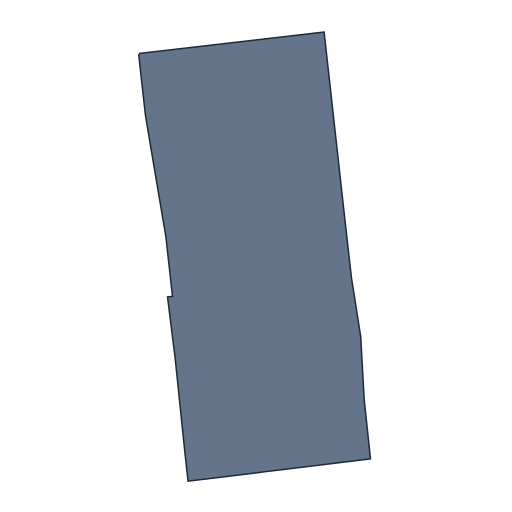 the district of Poinsett, Arkansas, United States of America, rotated 83°
{"feature_id": "52423323B19097717333078", "entity_name": "Poinsett", "entity_type": "district", "adm_level": 2, "iso_a3": "USA", "parent_name": "United States of America", "parent_adm1": "Arkansas", "projection": "mercator", "projection_center": [-90.606, 35.574], "detail": "fine", "context": "isolated", "style": "filled", "palette": "slate", "viewbox_px": 512, "rotation_deg": 83, "n_neighbors": 0, "source": "geoboundaries", "source_scale": "gbopen_adm2", "svg_char_len": 395}
<svg xmlns="http://www.w3.org/2000/svg" viewBox="0 0 512 512"><g transform="rotate(83 256 256)"><path d="M347.9,348.7L440.3,350.5L471.2,350.9L471.3,280.5L471.2,274.5L471.3,167.1L411.2,166.1L348.9,161.9L289.3,163.9L227.1,163.3L42.0,161.1L40.7,346.6L42.3,347.9L102.5,348.6L164.0,345.9L225.6,343.1L285.9,343.8L285.8,348.8L347.9,348.7Z" fill="#64748b" stroke="#1e293b" stroke-width="1.5"/></g></svg>